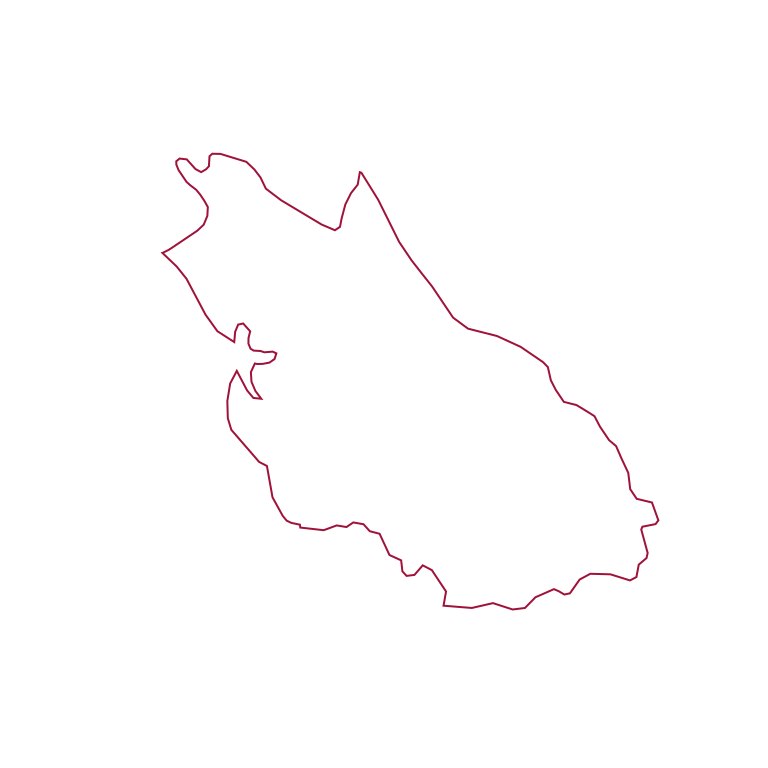 SVG path tracing the border of Carmarthenshire, rotated 56°
{"feature_id": "GBR-2104", "entity_name": "Carmarthenshire", "entity_type": "Unitary Authority (wales)", "adm_level": 1, "iso_a3": "GBR", "parent_name": "United Kingdom", "parent_adm1": "", "projection": "natural_earth1", "projection_center": [-4.236, 51.894], "detail": "fine", "context": "isolated", "style": "outline", "palette": "rose", "viewbox_px": 768, "rotation_deg": 56, "n_neighbors": 0, "source": "natural_earth", "source_scale": "10m", "svg_char_len": 1933}
<svg xmlns="http://www.w3.org/2000/svg" viewBox="0 0 768 768"><g transform="rotate(56 384 384)"><path d="M456.2,533.7L453.6,532.4L447.3,538.5L442.9,541.1L436.8,541.7L415.6,539.8L386.5,526.9L378.8,531.1L336.6,536.2L325.0,532.6L310.5,523.4L297.6,511.3L290.8,498.7L312.8,501.1L322.5,500.1L327.6,494.0L317.8,494.5L308.0,492.6L299.7,487.7L294.8,479.6L296.4,478.1L299.5,473.3L302.2,467.0L302.1,460.8L298.4,456.1L294.9,458.2L290.8,465.5L287.7,467.8L283.4,473.4L280.1,474.9L274.7,473.8L270.1,470.6L265.5,465.5L255.1,466.9L253.2,471.7L257.5,478.2L265.5,484.7L247.1,492.6L226.7,493.2L186.3,488.9L170.6,490.2L151.4,494.4L151.6,493.6L152.4,487.6L152.5,476.1L152.5,463.3L152.5,453.0L151.1,444.4L145.9,436.5L138.8,431.1L131.7,430.5L124.1,430.5L117.9,431.1L110.8,433.5L106.0,434.7L98.9,434.7L91.8,434.7L86.1,433.5L83.2,431.7L82.8,427.4L87.5,421.9L100.4,420.1L106.1,417.1L106.5,411.6L105.6,407.4L97.6,401.3L97.1,397.6L101.8,390.9L122.8,373.9L133.7,371.5L143.7,370.9L156.0,372.7L174.0,366.6L216.8,346.6L229.1,338.7L229.1,332.6L223.0,326.5L213.5,315.6L207.3,304.6L204.0,294.3L194.9,285.6L196.2,284.6L228.1,285.8L274.7,292.0L297.0,292.0L314.4,290.8L329.9,289.6L348.3,289.6L367.7,289.6L385.1,283.4L407.4,263.5L429.7,249.9L454.9,239.9L461.6,238.7L474.2,243.6L484.9,244.9L499.4,244.9L509.1,236.2L522.6,230.0L528.4,227.5L540.1,228.8L546.8,228.8L556.5,228.8L565.2,226.3L578.8,228.8L594.3,231.2L608.9,238.7L620.5,238.7L632.1,228.1L650.5,232.8L652.0,237.2L646.8,249.6L648.5,252.1L671.5,259.9L675.1,263.7L676.2,273.8L685.2,282.7L684.4,289.9L668.4,302.7L656.7,319.1L655.5,331.1L661.5,346.9L659.4,352.2L653.5,355.0L649.1,357.8L645.5,377.7L648.5,392.4L642.9,403.4L626.6,416.2L618.8,436.4L601.1,458.6L590.7,448.6L565.1,448.4L556.0,453.3L559.3,465.5L555.7,472.6L549.6,473.5L539.8,468.4L529.8,474.5L528.8,475.1L505.7,471.4L498.1,478.1L488.8,479.4L481.6,486.9L481.6,495.1L474.8,502.3L471.5,515.7L456.2,533.7Z" fill="none" stroke="#9f1239" stroke-width="2"/></g></svg>